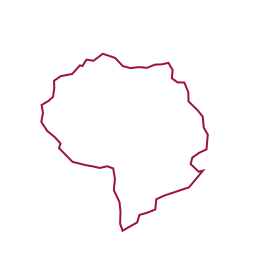 Iksan-si, North Jeolla, South Korea, rotated 317°
{"feature_id": "91817680B56582975498752", "entity_name": "Iksan-si", "entity_type": "district", "adm_level": 2, "iso_a3": "KOR", "parent_name": "South Korea", "parent_adm1": "North Jeolla", "projection": "orthographic", "projection_center": [126.986, 36.019], "detail": "fine", "context": "isolated", "style": "outline", "palette": "rose", "viewbox_px": 256, "rotation_deg": 317, "n_neighbors": 0, "source": "geoboundaries", "source_scale": "gbopen_adm2", "svg_char_len": 905}
<svg xmlns="http://www.w3.org/2000/svg" viewBox="0 0 256 256"><g transform="rotate(317 128 128)"><path d="M135.6,49.4L124.0,50.4L119.1,47.3L114.2,44.2L106.2,43.0L101.3,48.5L94.6,54.0L88.4,54.0L80.5,52.2L76.2,58.9L68.8,64.4L66.9,74.9L68.2,84.7L68.1,93.3L63.8,95.7L63.9,97.6L64.3,114.9L71.7,126.3L76.2,132.2L80.0,137.9L86.7,141.8L89.6,147.5L83.8,156.2L75.2,163.9L71.3,176.3L65.5,184.0L56.9,192.7L54.6,198.1L54.0,199.4L70.3,203.3L77.1,199.4L84.8,203.3L92.4,206.2L100.1,199.4L108.8,202.3L132.1,213.0L153.7,210.3L149.9,208.2L149.2,197.2L154.8,193.5L163.4,194.7L170.8,197.2L176.3,192.2L181.8,187.3L183.7,179.3L190.4,170.7L191.0,162.7L190.4,149.8L196.5,143.0L200.2,133.2L195.3,128.3L194.0,121.5L200.2,116.0L202.0,108.0L195.9,104.3L190.9,100.0L183.0,97.0L177.4,90.8L170.7,85.9L166.4,79.2L166.4,68.1L160.2,56.5L148.6,55.3L144.3,49.7L136.9,51.6L135.6,49.4Z" fill="none" stroke="#9f1239" stroke-width="2"/></g></svg>